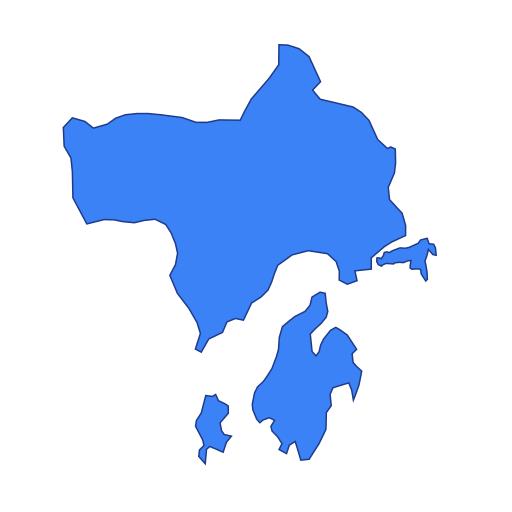 Langkawi, Kedah, Malaysia (Robinson projection), rotated 354°
{"feature_id": "92858781B39946702986092", "entity_name": "Langkawi", "entity_type": "district", "adm_level": 2, "iso_a3": "MYS", "parent_name": "Malaysia", "parent_adm1": "Kedah", "projection": "robinson", "projection_center": [99.815, 6.325], "detail": "fine", "context": "isolated", "style": "filled", "palette": "blue", "viewbox_px": 512, "rotation_deg": 354, "n_neighbors": 0, "source": "geoboundaries", "source_scale": "gbopen_adm2", "svg_char_len": 2988}
<svg xmlns="http://www.w3.org/2000/svg" viewBox="0 0 512 512"><g transform="rotate(354 256 256)"><path d="M368.2,118.0L336.2,106.8L329.6,96.9L338.4,89.4L329.6,63.3L320.7,54.5L309.7,49.6L300.9,48.3L298.6,68.2L287.6,80.7L267.7,99.4L260.0,110.6L254.5,119.3L243.4,118.0L233.5,116.8L221.4,118.0L210.3,116.8L197.1,110.6L176.1,105.6L163.9,103.1L152.9,101.9L140.8,101.9L130.8,104.3L122.0,109.3L107.6,111.8L99.9,104.3L87.8,99.4L77.8,108.1L76.7,126.8L82.2,139.2L82.2,152.9L80.0,179.0L91.1,206.4L108.7,203.9L118.7,205.2L126.4,207.7L138.5,210.2L148.5,208.9L159.5,208.9L169.5,215.2L173.9,223.9L177.2,235.1L178.3,245.0L175.0,256.2L168.3,266.2L173.9,284.9L183.8,301.1L190.4,316.0L192.6,327.2L186.0,342.2L191.5,345.9L200.4,333.5L214.7,328.5L220.2,318.5L229.1,316.0L236.8,318.5L246.7,302.3L256.7,297.3L264.4,291.1L268.8,283.6L272.1,276.2L276.6,267.5L285.4,262.5L292.0,258.7L299.7,257.5L308.6,256.2L327.4,261.2L335.1,269.9L337.3,279.9L336.2,288.6L343.9,293.6L353.9,291.1L352.8,281.1L369.3,281.1L370.4,269.9L384.8,260.0L392.5,256.2L406.9,251.3L408.0,241.3L405.8,228.8L394.7,213.9L394.7,201.5L402.4,187.8L404.6,177.8L405.7,164.1L401.3,161.6L398.0,162.9L389.2,152.9L382.6,133.0L375.9,124.3L368.2,118.0ZM301.8,356.9L301.8,348.1L301.8,339.3L307.4,334.5L313.8,329.8L319.4,324.2L321.6,318.6L320.9,309.8L320.9,300.3L315.9,298.7L307.4,302.7L304.6,310.6L299.0,316.2L288.4,320.2L282.0,324.2L274.9,329.0L270.7,339.3L268.6,351.3L265.7,358.5L260.1,369.6L254.4,376.8L250.2,381.6L243.8,386.4L240.3,391.9L236.8,403.1L236.8,408.7L239.6,418.2L242.4,422.2L245.9,419.8L252.3,418.2L257.3,421.4L253.0,427.0L253.7,431.8L258.7,438.2L262.2,445.3L258.7,450.9L265.7,455.7L269.3,447.7L275.6,444.5L277.8,455.7L279.2,463.7L287.6,463.7L292.6,457.3L299.0,449.3L302.5,443.7L307.4,435.8L308.8,425.4L309.6,419.0L315.2,412.7L315.2,401.5L318.7,395.1L326.5,393.5L335.0,391.9L337.1,399.1L337.8,409.5L340.7,403.9L344.9,395.1L349.1,381.6L344.2,376.0L341.4,372.0L341.4,363.2L346.3,359.3L338.5,344.1L332.2,338.5L327.9,335.3L322.3,337.7L314.5,345.7L311.0,351.3L308.8,357.7L305.3,361.6L301.8,356.9ZM201.4,389.5L197.9,391.1L191.5,389.5L185.2,406.3L179.5,413.5L178.1,419.0L183.8,433.4L184.5,439.0L179.5,443.0L178.1,449.3L183.8,457.3L186.6,443.0L190.1,440.6L195.8,443.7L202.8,447.7L207.1,438.2L212.7,432.6L205.7,430.2L203.5,426.2L202.8,418.2L207.8,413.5L212.0,409.5L212.7,402.3L209.9,399.9L203.5,395.9L201.4,389.5ZM433.9,262.9L429.4,261.9L428.1,256.3L421.3,257.3L418.6,260.3L409.5,263.4L405.3,263.9L400.1,263.0L397.5,263.6L395.2,264.3L392.6,264.9L388.6,266.6L386.8,265.6L383.9,265.9L382.8,268.8L380.2,271.8L378.4,270.8L376.1,270.5L375.5,274.1L376.7,277.3L379.9,279.3L380.5,278.3L384.5,277.0L388.8,277.7L392.0,278.3L393.5,277.3L398.1,277.3L401.9,278.0L406.2,276.7L409.7,276.7L408.5,280.9L408.0,283.9L409.7,285.5L412.0,285.5L416.3,285.8L418.4,286.8L418.4,291.0L422.2,298.6L424.0,297.1L424.4,289.4L424.0,282.8L423.5,278.7L426.2,273.1L428.1,267.5L432.1,273.1L435.3,274.1L435.3,266.5L433.9,262.9Z" fill="#3b82f6" stroke="#1e3a8a" stroke-width="1.5"/></g></svg>